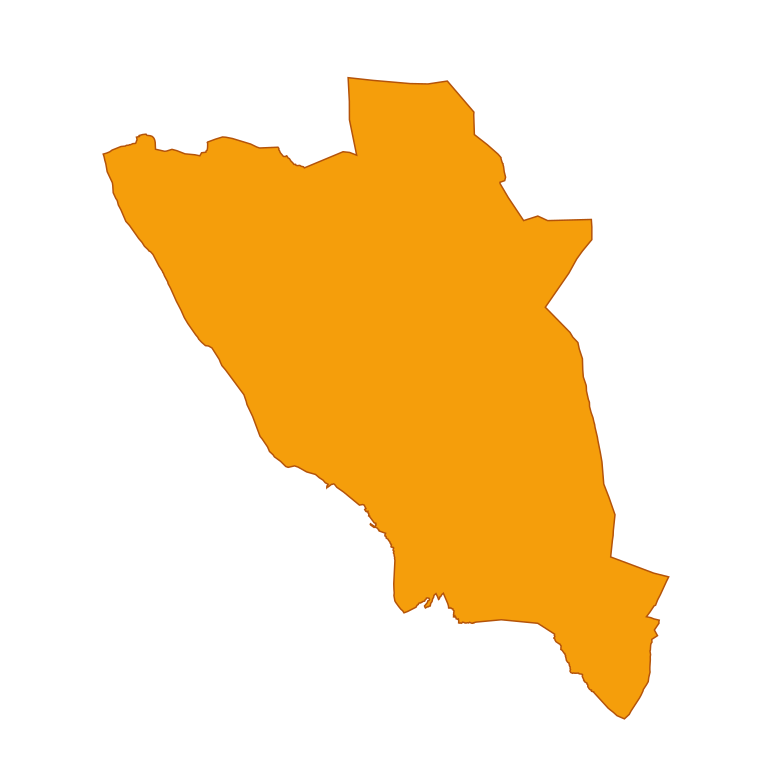 Kongsberg nor, Buskerud, Norway (Albers equal-area conic projection), rotated 186°
{"feature_id": "86288312B15384371721411", "entity_name": "Kongsberg nor", "entity_type": "district", "adm_level": 2, "iso_a3": "NOR", "parent_name": "Norway", "parent_adm1": "Buskerud", "projection": "albers", "projection_center": [9.617, 59.595], "detail": "fine", "context": "isolated", "style": "filled", "palette": "amber", "viewbox_px": 768, "rotation_deg": 186, "n_neighbors": 0, "source": "geoboundaries", "source_scale": "gbopen_adm2", "svg_char_len": 6115}
<svg xmlns="http://www.w3.org/2000/svg" viewBox="0 0 768 768"><g transform="rotate(186 384 384)"><path d="M687.3,583.3L686.2,580.9L684.8,576.6L684.5,576.3L684.4,575.7L683.7,574.0L681.5,566.2L675.2,555.8L674.5,553.1L673.3,545.9L670.1,540.5L668.8,539.0L668.2,537.8L666.9,534.2L663.9,529.8L657.7,518.7L653.6,515.0L643.2,503.1L639.5,499.6L636.6,495.9L633.0,493.2L631.6,491.7L630.1,491.2L627.3,488.7L620.0,477.7L616.3,473.2L615.5,471.6L615.0,471.3L613.7,468.7L609.8,463.0L609.2,461.2L606.2,456.8L599.2,444.7L593.7,436.4L589.5,429.1L585.4,423.6L576.4,413.2L574.1,411.0L573.0,409.3L569.8,406.5L565.6,403.5L562.6,403.5L558.9,401.9L550.4,391.2L548.9,388.3L547.1,385.3L543.1,381.5L522.2,358.7L519.2,352.3L518.1,349.2L511.2,337.9L501.8,319.0L499.5,316.7L493.2,309.2L490.8,304.9L486.9,302.0L485.4,300.1L478.8,296.3L473.1,291.7L470.6,291.1L464.4,293.2L460.8,292.4L451.8,288.5L442.7,286.9L438.5,284.0L434.7,282.1L432.0,279.6L429.1,278.5L429.0,278.3L430.0,276.7L429.8,276.2L430.1,276.0L430.1,275.2L430.0,274.8L429.4,275.7L428.9,275.7L425.6,278.8L424.9,278.8L423.8,279.4L422.8,279.1L420.1,276.3L413.0,272.4L395.8,261.0L392.6,261.9L391.1,261.5L388.9,258.1L389.9,257.5L390.1,257.1L389.9,256.9L388.9,255.6L388.1,255.6L388.1,255.2L387.4,255.1L386.7,255.6L386.5,254.5L386.1,253.7L385.7,253.6L385.3,252.0L385.5,251.9L385.5,251.2L384.5,251.1L384.5,250.6L384.0,250.1L379.3,245.0L377.6,244.6L377.9,244.0L377.1,243.0L378.2,241.1L382.8,243.6L383.0,243.0L382.6,242.4L378.9,240.3L377.7,240.7L375.7,240.0L374.4,238.7L374.1,238.1L373.5,238.0L373.4,237.3L366.8,235.7L367.3,234.2L367.2,233.0L366.2,232.7L365.8,232.2L365.8,231.1L363.7,230.0L363.2,229.1L361.5,227.4L361.4,226.6L360.6,226.0L360.3,225.1L359.8,224.8L360.0,224.3L359.7,223.4L360.0,222.9L359.7,222.6L357.5,222.4L357.3,221.5L357.5,221.4L357.6,220.6L357.5,219.3L356.6,218.8L357.0,217.0L356.2,215.9L355.8,213.9L355.2,212.5L355.3,211.8L354.7,209.7L353.4,186.3L352.6,180.6L352.0,177.3L352.0,174.6L350.5,169.4L349.5,168.0L346.0,164.1L343.6,161.7L341.7,160.4L340.2,158.5L336.8,160.2L328.8,165.4L328.1,167.3L326.8,168.4L326.8,168.9L326.5,169.5L326.0,169.9L324.6,170.1L324.4,170.5L323.2,171.1L323.0,171.6L321.0,172.3L320.7,172.7L320.7,173.4L319.6,174.6L319.5,175.4L318.6,175.8L316.7,175.6L316.2,174.5L316.3,174.0L316.5,173.6L317.8,172.8L317.9,171.8L318.3,170.7L320.5,167.5L320.2,166.7L319.4,165.6L317.0,167.2L316.4,167.1L315.5,168.0L314.8,168.1L314.6,170.7L313.5,172.6L313.1,175.6L312.4,176.8L312.2,179.0L310.4,181.0L308.5,178.0L307.2,175.4L306.8,175.7L306.8,176.2L306.2,177.2L306.3,177.9L305.3,178.7L304.5,180.6L303.1,182.1L297.7,172.4L296.7,170.0L296.3,168.0L295.4,168.0L294.9,168.5L293.9,167.9L293.5,168.1L292.8,167.5L292.1,167.6L291.6,166.4L290.6,165.6L290.8,163.6L290.6,163.3L290.7,162.4L290.5,161.8L290.7,161.6L290.5,161.3L290.6,160.7L290.4,160.1L290.5,159.7L289.9,159.6L289.2,160.6L288.9,159.8L288.2,159.6L287.7,158.1L287.2,158.2L286.6,157.7L285.5,158.1L284.9,155.9L284.8,154.2L283.8,154.1L283.2,154.4L282.3,154.1L281.5,154.5L281.1,155.3L279.7,155.3L279.0,154.9L277.6,154.8L275.7,155.4L274.9,155.2L273.9,156.0L272.1,155.3L270.7,155.3L270.2,155.9L269.6,155.7L269.0,156.3L267.7,156.8L242.7,161.8L206.1,162.1L188.2,153.1L188.3,151.6L187.7,150.9L187.9,149.9L188.5,149.3L188.4,148.8L187.3,148.1L187.1,147.1L186.0,145.7L182.5,143.8L182.1,143.9L181.3,143.1L181.0,142.3L180.6,142.2L180.4,141.3L180.5,140.0L180.3,138.9L180.4,138.5L178.9,137.7L176.7,135.1L176.0,134.8L175.7,133.7L175.0,133.0L175.1,132.1L174.5,130.9L173.7,128.2L172.2,126.4L170.9,125.9L170.8,125.0L170.3,124.4L170.2,123.2L169.3,122.1L169.1,120.2L168.7,119.7L169.0,117.9L168.1,116.6L166.2,116.0L165.4,116.4L163.9,116.3L160.4,116.8L159.7,116.2L156.9,116.1L156.2,115.7L156.1,115.3L156.3,114.5L156.2,113.8L154.5,110.9L154.5,110.4L154.1,110.1L154.1,109.8L153.8,109.8L153.0,108.6L151.0,107.8L151.0,107.4L150.7,106.7L150.2,106.6L149.7,105.3L149.7,104.3L147.8,102.0L146.4,101.2L145.7,101.3L145.5,100.1L143.2,99.7L143.2,99.3L126.9,84.8L121.5,81.4L117.6,78.5L109.9,76.1L105.6,81.0L104.1,84.7L97.1,98.4L95.8,101.5L94.4,105.6L94.1,107.4L91.5,112.4L90.1,115.6L90.0,119.9L89.3,125.3L89.7,127.3L90.0,130.2L90.3,137.5L90.7,140.6L90.6,142.7L91.6,146.4L91.3,147.0L91.5,152.3L91.3,153.8L90.5,155.2L91.0,158.0L85.7,162.3L89.4,167.6L85.5,174.9L85.8,176.2L85.6,177.9L91.0,178.6L94.2,179.5L98.7,180.0L95.5,185.3L92.2,191.6L90.8,192.4L89.3,197.9L87.1,203.5L82.4,217.4L80.7,221.9L96.0,224.1L140.5,235.7L140.5,252.5L140.3,257.2L140.6,262.1L140.6,278.1L148.5,294.9L155.0,307.5L159.1,329.3L161.7,338.4L165.5,350.6L166.2,353.3L169.6,363.0L170.3,365.8L171.5,368.8L172.6,372.2L175.1,377.4L177.2,383.0L177.8,387.3L179.1,389.9L181.9,398.2L182.5,402.5L182.9,404.0L186.5,411.8L187.8,418.8L189.3,429.9L193.5,439.3L195.5,445.5L201.1,450.3L204.4,454.7L231.6,477.2L211.7,513.6L205.4,528.5L200.6,536.9L192.4,549.3L193.7,561.8L195.0,569.3L238.3,563.6L248.6,567.1L262.2,561.1L279.9,582.4L289.5,595.4L289.8,596.7L285.2,598.9L284.7,602.4L286.6,607.6L287.8,612.7L288.5,614.5L288.7,615.6L289.2,615.9L290.1,617.7L291.3,620.7L291.3,621.4L294.6,624.5L306.3,632.8L320.2,641.5L322.9,661.1L323.0,663.8L352.7,691.9L371.6,687.0L389.4,685.5L427.0,684.8L451.7,684.9L448.0,661.5L446.0,643.2L435.1,608.7L442.4,610.7L449.0,610.7L485.8,590.6L486.8,591.6L489.2,591.9L490.6,592.6L493.2,592.1L494.5,592.4L494.9,593.2L496.6,593.0L498.1,594.7L499.5,595.6L501.7,598.3L502.9,598.7L504.5,600.7L505.0,600.7L505.4,600.0L507.8,599.8L511.3,603.2L512.5,605.4L513.1,605.9L513.2,607.3L514.2,608.4L532.4,605.7L535.4,606.4L541.7,608.7L560.4,612.3L567.0,612.9L570.4,612.8L577.2,609.9L584.7,606.2L585.0,605.7L584.5,604.8L584.2,601.0L584.2,599.2L584.5,597.8L585.3,597.1L585.4,595.9L589.6,594.9L591.0,591.7L596.0,592.2L606.0,592.1L614.4,594.4L619.4,595.2L624.7,592.9L626.4,592.5L635.8,593.6L636.8,600.4L637.5,602.6L638.4,604.2L639.2,605.1L640.7,606.1L642.7,606.5L645.5,606.5L646.2,606.8L646.6,607.5L647.2,607.5L650.0,606.9L653.5,605.5L653.1,604.6L656.0,603.6L655.6,602.7L655.1,601.0L655.4,600.5L656.0,597.8L656.4,597.3L658.9,596.8L661.3,595.4L662.0,595.4L663.0,594.8L665.2,594.4L666.1,593.6L670.4,592.7L678.9,588.2L681.1,586.2L684.3,584.5L687.3,583.3Z" fill="#f59e0b" stroke="#b45309" stroke-width="1.5"/></g></svg>